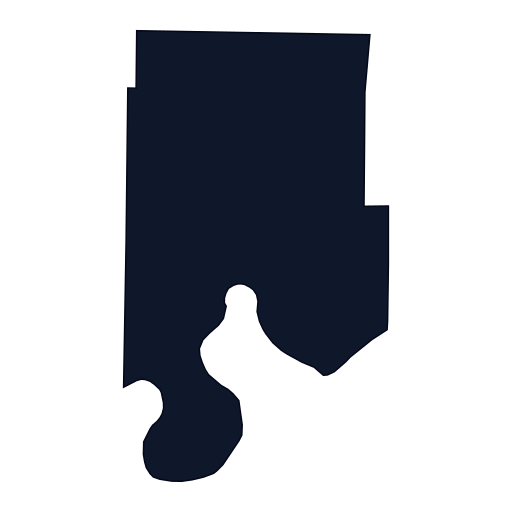 outline of Vanderburgh, Indiana, United States of America
{"feature_id": "52423323B71593821490385", "entity_name": "Vanderburgh", "entity_type": "district", "adm_level": 2, "iso_a3": "USA", "parent_name": "United States of America", "parent_adm1": "Indiana", "projection": "natural_earth1", "projection_center": [-87.601, 37.997], "detail": "fine", "context": "isolated", "style": "filled", "palette": "ink", "viewbox_px": 512, "rotation_deg": 0, "n_neighbors": 0, "source": "geoboundaries", "source_scale": "gbopen_adm2", "svg_char_len": 1182}
<svg xmlns="http://www.w3.org/2000/svg" viewBox="0 0 512 512"><path d="M136.7,30.7L136.1,88.2L127.8,88.0L126.1,241.4L123.6,387.2L136.6,380.5L141.2,379.2L145.1,379.5L150.0,381.2L154.5,384.4L159.7,389.3L161.3,392.3L163.5,402.8L163.6,408.2L162.2,413.8L160.0,417.8L157.2,421.3L152.6,425.3L150.3,428.6L143.7,441.8L143.4,454.3L144.7,461.9L146.3,467.6L150.1,473.6L153.4,477.0L159.7,479.2L171.6,481.1L181.5,481.3L192.1,479.8L203.5,477.1L213.7,473.3L216.8,470.8L223.0,464.5L238.9,440.8L241.8,435.1L242.2,424.8L238.8,400.6L233.0,393.8L227.9,389.4L221.0,385.4L208.5,374.7L205.3,369.7L202.2,362.6L199.9,355.6L199.3,348.6L202.9,339.8L209.4,333.1L218.5,325.1L223.4,318.5L226.2,306.2L224.4,303.0L224.4,298.1L225.9,293.1L228.4,288.4L233.4,285.3L237.4,284.0L240.7,283.8L242.7,284.1L244.8,284.5L249.9,287.2L253.3,289.7L256.6,294.7L258.0,301.4L257.1,311.6L259.5,321.3L263.3,329.6L266.0,333.9L272.9,342.8L281.4,350.3L284.3,352.2L287.1,354.0L302.2,362.3L314.1,367.2L323.4,375.3L327.6,374.9L334.3,371.7L345.7,361.8L350.0,357.2L372.0,339.5L387.1,329.7L387.6,321.0L388.4,263.8L388.4,206.0L364.0,206.3L364.5,149.4L364.9,92.1L369.9,34.7L136.7,30.7Z" fill="#0f172a" stroke="#020617" stroke-width="1.5"/></svg>